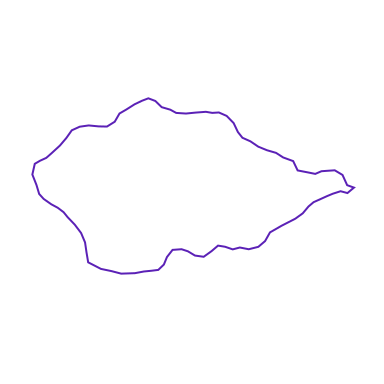 Cocal do Sul, Santa Catarina, Brazil, rotated 6°
{"feature_id": "56859067B62749816333800", "entity_name": "Cocal do Sul", "entity_type": "district", "adm_level": 2, "iso_a3": "BRA", "parent_name": "Brazil", "parent_adm1": "Santa Catarina", "projection": "albers", "projection_center": [-49.326, -28.6], "detail": "fine", "context": "isolated", "style": "outline", "palette": "violet", "viewbox_px": 384, "rotation_deg": 6, "n_neighbors": 0, "source": "geoboundaries", "source_scale": "gbopen_adm2", "svg_char_len": 1269}
<svg xmlns="http://www.w3.org/2000/svg" viewBox="0 0 384 384"><g transform="rotate(6 192 192)"><path d="M331.7,155.5L324.8,156.7L318.6,157.8L312.7,161.1L305.2,160.4L294.8,159.5L289.4,150.7L279.0,148.1L271.5,144.3L262.1,142.6L253.2,140.0L244.8,135.5L236.5,132.8L231.4,127.6L226.2,119.1L218.5,112.7L210.4,110.1L203.9,111.2L197.4,110.8L187.0,112.7L177.8,114.6L168.0,115.0L161.8,112.4L153.0,110.8L146.0,105.3L138.8,103.4L132.7,106.5L125.7,110.8L118.0,116.9L111.7,121.5L107.8,130.2L100.6,135.8L92.4,136.5L82.3,136.6L73.5,138.8L66.0,143.2L61.4,151.4L55.8,159.6L48.3,168.1L43.5,173.3L37.6,176.8L32.7,180.4L31.4,191.3L36.6,201.3L40.2,209.9L45.2,214.4L53.3,218.9L60.1,221.7L66.4,225.5L70.9,230.0L78.8,236.7L86.0,244.4L90.9,253.3L93.4,263.1L96.1,272.8L102.3,275.2L109.5,278.0L120.3,279.1L130.1,280.6L143.7,278.7L152.4,276.1L159.7,274.6L166.6,273.0L171.6,267.1L173.9,259.3L178.7,251.6L187.6,250.0L194.1,251.4L201.6,254.9L210.4,255.2L217.6,248.8L223.5,242.6L230.6,243.0L238.5,244.8L245.4,242.2L254.4,243.0L263.7,239.6L269.8,233.2L273.8,224.0L284.6,216.2L291.5,211.7L297.6,207.7L304.4,201.6L309.4,194.2L314.0,189.4L320.9,185.4L326.7,182.0L332.2,179.0L339.7,175.7L346.7,176.8L352.6,170.7L345.6,169.0L339.9,159.3L331.7,155.5Z" fill="none" stroke="#5b21b6" stroke-width="2"/></g></svg>